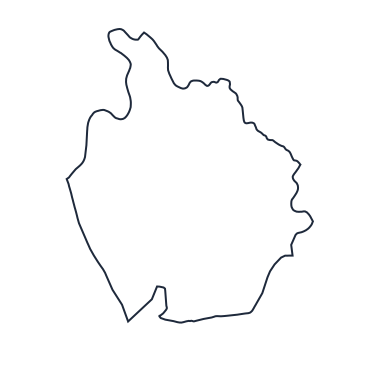 outline of Can Gio, Vietnam, rotated 15°
{"feature_id": "81297802B7702852417854", "entity_name": "Can Gio", "entity_type": "district", "adm_level": 2, "iso_a3": "VNM", "parent_name": "Vietnam", "parent_adm1": "", "projection": "orthographic", "projection_center": [106.861, 10.519], "detail": "fine", "context": "isolated", "style": "outline", "palette": "slate", "viewbox_px": 384, "rotation_deg": 15, "n_neighbors": 0, "source": "geoboundaries", "source_scale": "gbopen_adm2", "svg_char_len": 5793}
<svg xmlns="http://www.w3.org/2000/svg" viewBox="0 0 384 384"><g transform="rotate(15 192 192)"><path d="M67.6,211.9L70.7,216.2L71.8,218.3L73.3,220.7L75.7,224.7L77.5,228.1L78.9,230.5L80.0,232.5L80.8,233.9L81.6,235.3L82.0,236.0L82.6,237.1L82.8,237.4L83.6,238.7L85.3,241.6L87.2,245.0L88.1,246.7L90.9,251.4L100.7,263.8L104.4,268.5L104.6,268.7L108.4,273.4L113.6,278.7L118.9,283.6L122.6,286.8L126.0,289.6L128.0,291.6L129.0,292.6L130.7,294.8L140.5,307.0L153.6,319.0L163.8,333.6L181.0,306.0L182.7,292.3L185.2,291.8L189.3,291.6L190.9,292.3L191.7,294.3L196.7,308.6L197.5,309.9L197.8,311.1L197.5,312.4L196.4,314.9L195.5,316.8L193.4,319.5L192.6,320.0L192.6,320.4L193.0,320.8L194.4,321.8L199.2,322.2L207.7,321.5L211.5,321.5L213.7,321.3L215.5,320.9L217.3,320.0L220.0,318.4L222.3,317.3L223.5,317.2L224.5,316.6L225.8,316.5L226.8,316.6L227.5,316.4L229.2,315.4L236.1,311.6L243.5,308.1L245.7,306.7L246.7,306.0L248.0,305.5L249.2,305.2L252.0,304.6L254.9,303.6L257.6,302.6L267.7,298.7L268.8,298.2L274.3,295.8L275.8,295.2L277.7,294.5L278.7,293.9L279.4,293.4L280.0,292.6L280.9,291.1L281.3,289.7L281.7,288.3L282.2,286.2L282.4,285.6L286.1,271.5L287.0,254.9L287.9,248.4L290.5,240.6L295.0,232.3L298.4,229.4L305.6,227.4L301.5,217.4L302.8,208.9L303.1,206.8L303.7,205.6L304.1,204.9L305.1,204.1L308.2,202.5L310.0,201.2L311.9,199.5L313.5,197.6L314.5,196.0L315.0,194.9L315.5,193.8L315.9,192.6L316.1,191.7L316.3,189.7L316.4,189.1L313.6,186.1L312.5,184.9L310.7,183.4L308.2,181.9L306.2,181.5L304.9,181.8L303.0,182.7L299.8,183.6L298.1,183.9L295.8,183.6L294.4,183.1L293.3,182.1L292.1,180.7L291.4,179.2L290.8,177.2L290.4,175.1L290.5,173.3L290.7,173.0L290.9,172.6L291.5,171.0L292.2,169.0L293.2,165.8L293.6,163.4L293.6,161.7L293.2,160.0L292.5,158.3L291.7,157.3L290.8,156.3L287.8,154.6L286.5,153.4L285.8,152.4L285.4,151.4L285.3,150.9L285.4,150.2L285.7,149.0L286.0,148.1L286.3,147.4L286.9,146.0L287.5,144.4L288.0,143.0L288.4,142.1L288.7,141.1L289.0,139.9L289.2,139.0L289.6,137.5L289.2,137.3L288.7,136.8L288.0,136.3L286.7,135.5L286.0,135.1L285.4,134.9L284.9,134.8L284.4,134.8L283.9,134.8L283.4,134.9L283.0,134.9L282.5,135.0L282.1,134.9L281.8,134.7L281.5,134.5L280.4,133.3L279.2,131.9L277.6,129.8L276.9,129.0L276.3,128.4L275.7,127.9L275.3,127.7L274.4,127.3L273.7,127.1L273.0,127.0L272.3,126.9L271.8,126.6L271.2,126.3L270.3,125.5L269.5,124.8L268.9,124.5L268.3,124.3L267.7,124.3L266.6,124.3L264.3,123.9L262.9,123.5L259.4,122.3L258.1,121.7L257.2,121.3L256.5,121.1L256.0,121.1L255.0,121.4L254.1,121.6L253.1,121.7L252.5,121.7L251.8,121.7L251.4,121.5L251.1,121.3L250.6,120.9L250.1,120.4L249.8,119.9L249.4,119.3L248.7,118.8L248.1,118.6L247.4,118.5L246.9,118.5L246.6,118.5L245.8,118.1L244.6,117.4L243.6,116.9L242.8,116.6L241.2,116.2L240.0,115.9L238.9,115.3L238.0,114.6L237.0,113.0L235.9,111.7L235.1,110.6L234.6,110.0L233.9,109.6L233.2,109.5L232.3,109.4L231.3,109.6L230.6,109.8L229.7,110.2L229.0,110.6L228.2,111.0L227.2,111.4L226.5,111.6L225.6,111.5L225.0,111.3L224.5,110.9L223.6,109.6L222.5,107.1L219.9,100.2L218.8,97.4L218.0,96.3L217.1,95.4L216.3,94.7L214.6,93.3L213.3,92.3L213.1,92.2L212.5,91.6L212.1,90.6L211.6,88.8L210.9,87.5L210.0,86.5L209.1,85.6L208.3,85.2L207.1,84.8L206.1,84.4L205.3,84.2L204.9,84.0L203.9,83.5L202.6,82.9L201.4,81.7L201.0,80.4L200.9,79.6L200.9,78.8L200.8,78.0L200.6,77.5L200.2,76.6L200.1,76.2L199.9,75.8L199.6,75.5L198.8,75.1L197.7,74.8L196.4,74.7L193.0,74.7L191.9,74.9L190.9,75.1L190.6,75.1L190.1,75.4L189.6,76.1L189.3,76.5L189.0,77.0L188.8,78.0L188.5,78.9L188.1,79.4L187.5,79.9L187.0,80.1L185.9,80.0L185.0,79.9L184.3,80.0L183.4,80.4L182.5,80.9L182.2,81.3L181.8,82.0L181.4,83.1L180.9,84.2L180.3,85.0L179.5,85.5L178.8,85.6L178.2,85.4L177.1,85.0L175.4,84.0L173.8,83.3L172.5,82.9L171.5,82.7L170.2,82.7L168.8,82.9L167.4,83.2L165.4,83.7L164.1,84.2L162.5,85.3L162.3,85.6L161.8,86.5L161.4,87.6L161.1,89.4L160.7,90.7L160.2,92.0L159.6,92.7L158.4,93.7L157.3,94.2L156.4,94.5L155.7,94.5L154.5,94.5L152.7,94.2L150.6,93.8L149.1,93.4L147.8,92.7L146.3,91.6L142.8,87.7L140.6,85.0L139.5,83.7L137.4,80.6L137.1,79.7L136.5,77.9L136.2,76.5L135.7,74.7L135.4,73.6L134.5,70.8L133.0,68.7L130.8,66.7L127.2,64.2L122.9,61.8L120.7,60.1L119.9,59.3L119.0,58.5L116.2,56.1L114.5,54.9L113.2,54.2L111.6,53.4L107.3,51.4L104.4,50.4L103.1,52.7L102.7,53.5L102.0,55.0L100.6,58.5L100.2,58.9L99.5,59.1L98.6,59.3L97.8,59.5L96.9,59.6L96.1,59.6L95.5,59.6L94.9,59.5L93.9,59.3L92.9,59.0L92.2,58.8L91.6,58.5L89.4,57.0L85.9,54.8L84.7,54.0L84.1,53.7L83.5,53.5L82.7,53.3L81.4,53.1L79.8,53.3L77.8,54.1L75.2,55.5L73.4,56.8L71.9,58.0L71.3,58.5L71.0,59.0L70.8,59.3L70.7,59.8L70.7,60.2L70.6,60.8L70.6,61.2L70.7,61.9L70.8,62.6L70.9,63.0L71.2,63.8L71.6,64.6L72.3,65.9L73.0,67.2L73.6,68.0L74.4,68.9L75.3,70.1L76.5,71.4L77.8,72.6L78.7,73.3L80.5,74.2L81.1,74.4L81.4,74.5L82.6,74.8L83.0,74.9L85.0,75.5L86.5,76.0L87.2,76.1L91.3,77.8L94.4,79.3L96.9,80.9L98.3,82.3L99.3,83.6L99.6,84.1L99.7,84.3L99.8,84.5L100.0,85.7L100.1,86.7L100.2,88.2L100.0,89.5L99.9,91.0L99.1,96.2L99.1,99.6L99.8,102.8L100.8,105.3L102.7,108.7L104.7,112.0L105.8,113.6L106.9,115.2L107.7,116.5L107.8,116.7L109.3,120.0L109.8,121.5L110.2,123.1L110.6,125.0L110.8,126.0L110.7,128.9L110.5,130.7L110.1,132.6L109.6,134.4L108.8,136.4L108.6,136.6L107.9,137.9L106.5,139.2L105.1,139.9L103.9,140.3L102.7,140.4L101.3,140.3L99.6,140.3L98.2,139.9L95.9,138.6L93.2,136.9L92.9,136.8L91.2,136.2L89.8,135.9L88.0,135.7L87.1,135.6L86.0,135.5L84.8,135.7L83.1,136.4L82.6,136.6L81.5,137.2L81.0,137.5L80.4,137.9L79.6,138.3L79.0,138.7L78.5,139.0L78.1,139.4L77.6,139.7L77.2,140.2L76.9,140.5L76.1,142.0L75.5,143.8L74.9,145.0L74.4,146.5L74.0,148.7L73.8,151.4L73.8,152.4L73.9,153.4L74.2,156.5L74.8,159.4L74.8,159.6L77.9,174.2L79.6,185.9L79.6,186.1L79.5,188.3L79.2,190.2L78.7,191.9L78.1,193.3L77.0,195.3L75.8,197.1L73.8,200.0L72.7,202.3L71.2,205.5L70.1,208.0L69.4,209.8L68.3,211.1L67.6,211.9Z" fill="none" stroke="#1e293b" stroke-width="2"/></g></svg>